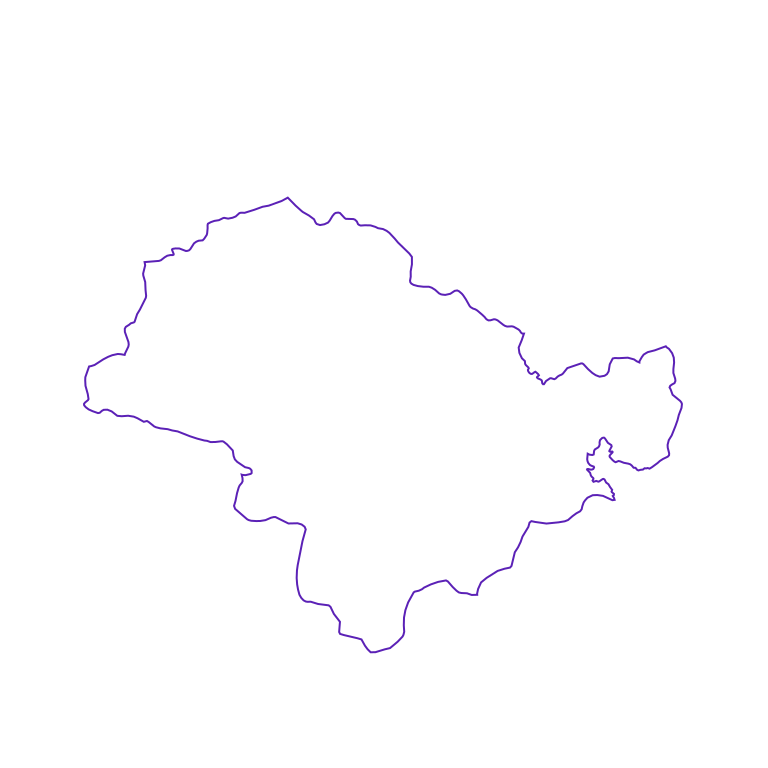 Hoang Su Phi, Hà Giang, Vietnam, rotated 132°
{"feature_id": "81297802B55460345655510", "entity_name": "Hoang Su Phi", "entity_type": "district", "adm_level": 2, "iso_a3": "VNM", "parent_name": "Vietnam", "parent_adm1": "Hà Giang", "projection": "mercator", "projection_center": [104.663, 22.693], "detail": "fine", "context": "isolated", "style": "outline", "palette": "violet", "viewbox_px": 768, "rotation_deg": 132, "n_neighbors": 0, "source": "geoboundaries", "source_scale": "gbopen_adm2", "svg_char_len": 6166}
<svg xmlns="http://www.w3.org/2000/svg" viewBox="0 0 768 768"><g transform="rotate(132 384 384)"><path d="M557.3,505.6L552.7,493.3L549.6,486.3L546.2,479.7L544.6,477.4L543.2,474.0L539.9,470.5L535.8,466.9L534.7,465.8L534.2,464.7L533.9,460.4L534.6,451.9L538.2,447.5L539.8,444.4L540.1,441.0L538.8,431.6L536.9,428.2L536.5,426.7L536.8,424.6L538.7,422.8L540.0,422.9L544.4,425.9L546.3,428.4L546.6,429.1L548.6,426.2L550.9,424.0L552.7,423.5L556.0,423.4L558.2,422.7L563.4,420.2L570.3,416.1L574.9,413.9L576.4,411.1L576.1,395.3L575.7,393.6L574.5,391.2L571.4,387.3L568.7,384.4L564.5,381.0L559.0,378.5L556.8,377.0L555.5,375.6L551.6,361.7L545.3,355.0L543.5,351.2L543.2,347.5L544.4,344.9L555.4,339.4L576.4,326.9L580.7,324.0L586.6,319.1L591.1,314.4L594.3,310.3L597.2,305.8L598.3,302.4L598.6,299.0L598.0,296.6L597.1,295.2L594.8,292.7L591.6,285.8L585.5,277.0L585.4,274.7L588.4,267.4L590.2,257.6L598.3,251.4L599.1,249.4L597.4,245.8L590.7,233.6L588.9,229.8L591.2,223.1L592.1,218.7L592.3,214.4L589.0,210.9L580.7,205.9L576.2,202.8L566.4,201.4L559.3,201.2L557.4,201.7L554.6,203.2L550.1,207.8L544.1,212.9L537.7,216.8L530.2,219.9L519.0,222.5L517.7,222.2L514.3,219.8L511.0,218.4L508.5,218.0L501.6,215.1L494.9,211.4L488.5,206.5L488.0,204.4L488.9,197.1L489.1,191.8L488.8,188.9L487.6,186.7L484.0,182.3L482.1,177.7L478.3,173.7L477.4,174.6L473.4,176.9L466.5,179.1L459.3,178.0L446.9,174.5L440.6,170.8L436.1,167.5L433.9,167.5L421.5,174.2L415.7,175.1L409.9,176.8L404.7,179.0L393.6,181.1L389.6,183.1L387.3,182.7L385.4,179.4L379.0,169.9L370.1,161.8L365.1,157.8L361.9,156.2L356.1,155.5L351.3,154.5L347.4,153.1L344.8,153.3L342.2,154.8L338.4,156.4L335.9,156.7L332.4,156.7L327.0,154.5L323.8,151.2L320.6,146.4L317.5,136.5L315.8,135.1L314.8,136.8L314.1,139.1L312.7,138.9L311.8,139.6L311.9,142.4L311.7,142.9L310.0,143.6L309.3,147.1L308.3,150.1L308.6,153.0L307.4,156.2L307.6,157.3L308.3,157.9L312.4,158.9L313.2,159.4L314.0,161.4L316.5,162.9L316.2,164.4L314.3,164.9L313.9,165.5L313.9,167.8L313.5,169.2L312.1,171.4L311.8,175.8L311.2,176.0L310.6,175.5L309.2,172.9L308.1,172.0L307.1,171.6L305.5,172.0L305.0,172.8L306.0,175.2L306.4,176.8L306.0,179.4L305.1,181.2L303.9,182.7L299.5,186.0L299.0,184.0L298.3,183.0L297.4,181.7L296.1,181.0L293.1,183.1L291.6,183.5L287.8,182.4L286.4,182.5L284.7,183.2L283.1,184.8L281.2,185.9L278.4,185.8L277.2,185.2L276.6,184.5L276.6,183.3L277.9,178.2L277.3,174.2L278.1,173.0L282.7,171.9L283.2,171.5L283.0,170.5L281.5,169.3L281.5,168.7L281.9,168.4L285.0,168.5L286.2,168.4L286.8,168.0L287.2,167.3L287.6,163.1L287.5,160.7L287.1,159.5L284.3,158.2L283.4,156.6L282.1,153.1L279.7,149.1L278.9,147.2L278.8,145.3L279.2,142.5L278.0,141.0L278.4,138.5L278.0,137.1L276.2,136.0L274.3,134.3L272.3,134.0L271.3,132.7L270.0,131.8L269.2,130.0L266.5,129.2L259.7,127.8L256.7,127.5L253.0,126.5L248.1,124.5L246.2,124.5L244.7,125.7L241.5,130.5L239.5,132.5L235.2,134.8L229.7,135.8L220.4,139.2L214.6,141.6L209.7,144.2L202.7,146.9L199.5,149.2L198.7,150.7L198.4,152.7L198.9,162.3L196.2,167.4L195.5,169.5L193.8,170.1L191.5,169.6L189.0,168.7L186.7,169.5L185.2,171.2L182.2,176.3L179.3,178.9L173.9,182.8L170.5,186.3L168.3,190.5L167.2,195.7L167.6,198.6L167.4,199.8L177.8,205.3L183.8,209.3L185.6,209.9L188.4,210.7L191.5,210.4L196.1,209.4L197.1,208.6L198.0,211.3L198.4,214.6L201.3,220.4L207.7,226.8L210.2,229.8L212.0,231.1L218.3,229.4L224.3,225.5L227.5,224.9L230.3,225.6L234.3,228.7L235.8,232.6L236.4,236.6L236.4,242.4L235.8,249.0L236.0,250.3L236.8,251.3L249.5,258.4L256.6,258.0L258.2,258.3L260.2,259.3L262.2,259.9L265.2,260.1L266.5,260.7L267.9,263.7L268.6,264.4L273.4,265.6L277.1,265.0L277.7,265.6L277.6,266.8L275.8,269.1L275.9,270.6L276.9,273.5L276.8,274.7L276.5,274.9L273.9,274.7L273.5,276.1L273.5,278.6L273.6,279.7L274.6,280.1L277.2,280.6L278.1,281.4L278.5,283.1L278.3,284.4L277.8,285.8L277.2,286.5L275.5,286.9L275.1,287.8L275.0,291.3L274.6,292.6L272.7,294.6L272.6,298.7L270.3,304.2L266.8,308.3L259.2,311.0L252.9,313.7L253.9,314.8L254.1,315.5L254.1,316.8L253.5,318.7L253.5,320.6L254.7,326.0L255.6,327.6L258.9,330.9L259.8,332.8L260.2,334.8L260.7,342.2L261.4,344.3L262.3,345.6L265.4,347.5L266.8,348.9L267.2,350.3L267.3,351.8L266.9,353.9L266.8,357.4L267.0,364.0L267.4,366.1L268.4,368.4L268.9,371.1L268.7,372.7L266.3,379.8L265.1,384.5L264.8,386.6L264.9,390.4L265.5,392.2L267.5,393.8L272.6,395.1L276.8,398.1L278.4,400.3L279.2,401.6L279.8,403.7L279.8,409.0L280.5,413.0L281.7,415.8L285.2,419.6L288.6,424.4L290.6,428.4L291.1,430.9L290.8,432.5L289.8,433.8L286.4,435.9L282.5,439.5L276.4,443.3L270.9,448.3L270.1,452.5L269.5,468.3L268.8,473.2L268.1,481.1L268.4,484.5L269.5,488.4L272.2,492.7L273.0,495.5L275.1,500.1L278.8,504.4L281.8,507.3L282.4,508.7L282.6,510.2L281.4,512.9L281.3,515.5L281.9,517.1L286.8,522.9L287.0,524.2L286.4,531.1L287.2,532.7L289.2,534.4L290.7,534.8L293.6,534.7L298.9,533.7L301.5,533.6L305.2,535.2L308.7,537.9L310.1,541.1L309.8,542.9L308.4,546.2L309.0,552.5L310.5,559.4L310.6,561.4L310.6,569.1L309.9,580.2L316.4,582.5L328.6,589.0L333.5,592.8L341.4,597.0L350.0,602.1L352.4,604.9L353.7,605.8L358.7,606.3L361.8,607.8L365.4,610.5L367.5,614.0L368.4,614.6L372.7,616.3L376.3,619.2L379.6,621.0L382.7,622.1L383.9,621.5L386.4,619.2L390.3,616.3L391.8,615.5L396.3,614.8L398.6,614.9L401.5,617.6L403.8,618.7L406.6,619.3L413.3,618.2L415.0,618.3L416.5,619.1L417.7,620.2L420.2,626.7L422.7,629.6L424.5,631.1L425.4,631.6L426.1,631.4L428.1,627.3L428.6,626.9L429.5,627.2L431.2,629.1L433.7,630.9L436.7,631.8L441.3,632.6L443.1,633.6L453.6,643.5L455.6,640.9L463.1,636.9L464.5,635.4L468.0,629.7L473.8,624.0L477.6,619.8L479.3,618.7L492.0,615.2L497.3,614.2L504.6,611.0L505.6,611.1L508.4,612.8L510.4,613.0L514.3,614.1L516.4,613.6L518.7,611.4L523.8,602.0L525.5,600.1L527.3,599.0L534.2,597.0L535.9,596.2L537.9,599.4L539.8,601.9L544.4,605.2L548.4,607.2L553.5,609.1L563.5,611.8L566.6,613.6L568.3,614.9L578.8,610.5L581.2,608.5L585.1,604.6L589.7,597.4L592.9,593.5L594.1,593.2L598.0,593.8L599.6,593.6L600.5,592.5L600.8,590.1L600.5,586.5L599.2,582.4L597.0,577.1L595.6,576.0L592.7,575.7L590.7,575.0L588.2,572.4L586.6,568.1L586.1,560.9L583.5,557.4L578.8,552.9L575.7,548.1L574.4,544.3L572.8,537.2L570.1,535.4L569.7,533.5L569.3,526.4L568.7,524.5L566.6,520.5L562.3,514.5L560.3,510.4L557.3,505.6Z" fill="none" stroke="#5b21b6" stroke-width="2"/></g></svg>